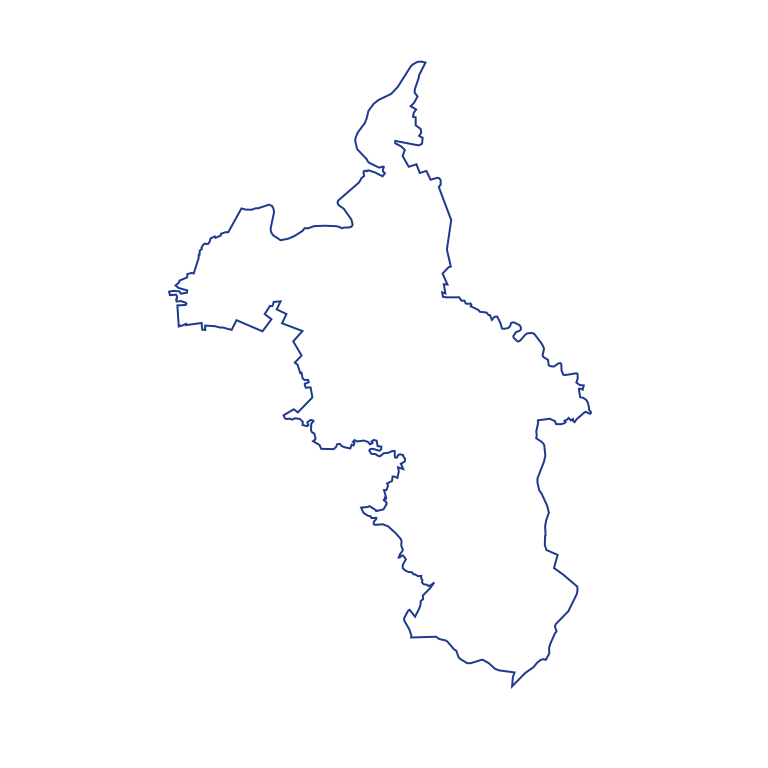 the district of Quoc Oai, Ha Noi, Vietnam, rotated 263°
{"feature_id": "81297802B41330613652559", "entity_name": "Quoc Oai", "entity_type": "district", "adm_level": 2, "iso_a3": "VNM", "parent_name": "Vietnam", "parent_adm1": "Ha Noi", "projection": "robinson", "projection_center": [105.6, 20.978], "detail": "fine", "context": "isolated", "style": "outline", "palette": "blue", "viewbox_px": 768, "rotation_deg": 263, "n_neighbors": 0, "source": "geoboundaries", "source_scale": "gbopen_adm2", "svg_char_len": 6149}
<svg xmlns="http://www.w3.org/2000/svg" viewBox="0 0 768 768"><g transform="rotate(263 384 384)"><path d="M697.9,464.3L699.2,461.3L699.7,458.1L699.3,455.4L697.6,451.4L696.0,449.3L676.9,433.6L671.0,426.3L666.6,413.2L663.3,407.8L656.9,401.8L649.6,399.1L645.5,396.9L636.8,388.6L632.1,385.9L628.8,385.0L620.4,386.0L609.1,394.3L606.6,395.2L605.3,396.4L599.4,405.4L599.9,409.8L599.5,410.3L596.3,408.8L594.8,409.1L593.1,410.6L590.3,407.9L595.0,401.0L598.1,394.3L597.2,392.7L598.0,391.4L597.8,390.2L596.8,389.4L592.9,389.7L591.1,386.7L587.2,383.9L571.6,360.8L569.7,360.0L567.2,360.6L562.9,365.4L551.1,371.7L545.9,372.3L544.1,370.9L543.6,367.9L544.1,364.3L543.8,360.7L545.3,359.0L546.5,355.6L548.3,344.6L549.2,333.9L547.8,327.8L548.3,324.2L545.8,321.6L542.0,313.7L539.9,306.8L539.3,298.9L545.2,292.0L548.4,290.5L551.8,290.3L567.9,295.8L571.5,295.7L574.4,294.5L576.0,291.6L573.8,280.7L574.0,277.6L573.1,274.1L574.0,267.8L575.6,263.9L553.6,247.9L554.0,245.4L553.0,240.6L551.3,240.1L549.6,234.6L551.1,234.0L549.6,229.5L546.6,228.4L544.7,226.8L544.4,225.6L545.2,223.4L544.1,221.4L541.4,219.4L540.1,219.6L538.9,217.4L534.8,216.7L534.9,215.9L531.4,215.3L516.9,208.6L517.7,206.6L517.0,202.1L513.8,201.7L511.6,193.7L509.7,192.9L507.2,189.1L504.3,191.9L500.9,200.1L498.6,199.4L498.4,193.4L500.9,192.2L502.1,186.2L501.8,182.0L498.3,182.3L498.0,188.5L496.4,189.1L494.1,189.0L493.4,188.0L491.2,188.2L491.0,192.7L488.8,197.2L487.8,197.7L486.6,196.7L487.2,188.5L466.2,187.3L466.9,188.8L466.2,189.5L467.8,194.8L466.6,194.8L466.8,210.4L460.1,210.2L459.4,213.1L463.8,213.6L462.0,223.1L459.8,228.9L459.9,230.4L456.3,239.4L465.3,245.4L451.1,269.8L462.0,280.2L467.9,274.1L475.4,280.3L474.9,282.7L478.9,284.6L478.6,291.4L471.2,286.6L465.3,295.7L456.7,290.2L446.5,309.5L437.4,299.1L422.3,305.7L416.1,298.1L413.7,300.6L405.0,302.2L405.3,303.5L399.5,303.9L397.7,305.5L397.3,309.1L394.9,309.5L393.9,305.4L392.2,305.3L389.8,306.0L389.6,310.7L379.4,311.3L366.3,295.0L369.9,291.4L365.2,280.5L362.4,281.3L361.2,282.5L361.0,286.5L359.8,288.5L360.8,291.3L359.7,296.0L356.4,298.8L353.2,298.2L351.6,302.4L352.2,303.9L355.0,303.2L355.6,303.6L357.2,306.7L356.6,308.9L355.6,309.5L353.6,307.0L347.0,305.9L344.8,306.7L343.3,308.8L338.5,309.4L337.2,308.9L335.9,306.6L331.4,312.5L327.3,313.8L325.5,326.0L326.9,328.4L329.9,330.2L330.0,331.6L329.8,333.0L327.6,334.4L326.2,336.8L324.1,342.7L327.7,344.5L326.7,346.2L329.2,347.5L330.4,346.1L331.9,347.9L330.3,350.4L330.3,357.2L328.5,361.0L325.8,362.8L326.9,365.4L328.4,364.6L329.7,367.0L328.6,369.8L323.1,370.1L322.2,373.7L320.4,373.5L319.2,372.9L318.3,371.3L321.1,364.9L321.1,362.6L319.9,361.3L316.3,362.8L315.4,367.1L313.5,369.2L312.7,371.2L315.3,375.4L315.2,379.9L316.4,383.9L316.2,386.4L309.9,385.9L309.3,387.4L309.6,388.1L311.9,389.5L312.2,391.6L311.1,394.3L309.6,394.4L307.0,395.9L304.4,395.0L302.8,391.0L297.2,392.7L299.5,387.8L295.3,388.0L289.1,385.9L291.0,382.7L291.1,381.2L286.7,380.1L285.0,375.0L282.6,375.6L279.4,374.1L278.4,373.1L278.7,371.1L270.8,372.3L270.3,372.2L270.9,371.1L269.5,371.0L269.3,369.7L268.6,369.7L266.6,371.8L264.8,372.1L259.6,368.2L258.8,360.7L259.8,360.6L264.5,354.8L263.9,352.6L264.1,346.2L258.8,347.9L257.7,348.9L254.9,352.4L254.5,354.4L252.5,355.2L252.0,360.0L250.6,359.6L248.6,357.1L246.0,356.7L245.3,358.4L244.9,365.7L242.2,370.8L234.0,377.8L228.2,381.7L225.9,382.3L221.5,381.4L217.4,382.5L216.2,382.1L213.3,379.3L209.9,377.5L209.8,378.2L211.4,380.6L211.6,381.9L207.4,384.4L202.8,381.0L200.8,380.2L198.4,380.4L195.9,382.9L194.3,385.7L193.8,388.7L191.7,389.9L191.1,391.8L189.0,394.5L189.0,397.6L186.6,397.2L184.7,398.2L182.5,397.5L180.4,399.0L179.5,402.2L178.0,403.6L178.8,406.5L181.0,409.7L175.8,405.0L169.3,396.8L165.6,396.5L164.3,394.1L160.0,393.2L156.6,391.5L149.2,386.4L156.8,381.9L156.1,380.4L149.1,375.4L146.6,375.3L137.7,379.1L131.0,380.5L129.1,380.0L126.8,404.8L124.2,407.7L122.0,413.8L120.7,415.5L112.3,421.0L110.5,423.2L103.7,424.7L101.5,426.5L96.8,432.5L96.3,436.0L98.3,446.8L98.2,448.5L94.3,453.8L87.8,459.5L85.8,463.1L81.8,478.4L77.4,476.2L68.3,474.3L80.0,489.0L84.7,497.9L88.7,502.0L91.0,505.8L91.5,508.6L90.5,511.0L96.4,515.2L102.0,515.7L106.0,517.5L115.3,523.0L117.4,525.1L122.8,524.1L125.0,525.5L136.0,539.3L152.1,549.8L155.3,550.8L159.3,551.2L173.2,538.4L180.6,530.3L193.2,535.5L199.5,524.9L204.7,524.0L213.7,525.4L214.0,525.9L223.3,526.6L229.0,528.4L236.2,532.0L243.3,531.1L255.8,527.1L259.7,525.1L267.1,524.3L271.5,524.8L287.4,533.3L293.1,535.4L303.7,535.6L305.0,535.1L307.4,533.4L311.6,528.5L314.8,529.4L318.1,529.3L326.3,532.1L329.2,532.3L329.3,544.3L326.2,549.2L323.3,549.9L322.5,554.7L323.0,557.9L324.0,559.6L325.5,558.7L326.3,561.3L327.8,563.1L325.2,564.9L326.1,567.3L324.2,567.2L322.9,568.5L325.5,570.8L331.4,579.5L331.7,581.1L329.3,584.7L329.7,585.6L330.9,586.0L333.4,584.4L336.1,584.6L341.0,583.9L343.8,582.6L346.0,580.0L347.0,577.1L355.3,576.8L355.6,578.0L354.2,580.5L358.2,582.1L359.1,578.2L362.0,575.1L366.1,577.0L370.2,577.4L371.2,576.5L370.8,564.8L371.4,563.1L375.5,561.9L382.1,562.4L383.2,561.8L383.2,559.7L380.6,554.7L381.5,550.9L382.6,549.7L387.8,549.8L391.4,545.5L392.8,544.8L399.1,547.0L400.9,546.9L404.9,545.4L415.5,539.2L416.7,536.7L416.8,532.5L415.6,530.1L410.5,524.5L409.8,522.6L410.2,521.5L414.3,518.2L415.7,518.2L419.4,521.3L420.1,524.5L421.2,526.4L423.3,526.8L425.7,525.9L429.1,520.9L429.5,519.0L429.1,517.7L425.8,516.0L424.4,513.9L424.1,510.1L424.7,507.9L430.7,506.9L437.1,504.6L437.3,501.9L434.5,498.9L439.5,497.6L439.8,496.1L442.4,494.5L444.1,487.8L445.9,486.8L450.7,479.4L452.1,480.4L453.3,479.7L453.4,476.4L454.1,474.9L457.0,473.9L457.2,471.1L460.9,469.2L462.4,456.5L463.3,453.2L467.9,452.9L466.4,456.0L475.7,455.5L475.0,459.1L486.5,455.6L492.1,462.4L492.4,464.6L509.8,462.8L538.5,470.7L572.8,462.4L574.9,464.5L579.3,465.1L581.3,464.0L582.2,462.3L581.1,455.1L590.3,452.1L589.1,445.2L598.1,443.0L596.6,435.0L608.0,430.3L613.9,433.2L617.7,430.0L621.5,424.5L623.9,424.8L617.0,446.2L616.7,448.2L617.9,451.0L623.6,452.4L626.0,449.1L628.9,451.6L632.7,451.5L636.8,447.0L644.8,447.9L645.7,445.3L649.8,446.7L652.5,449.4L656.5,444.3L659.4,448.1L665.3,452.3L669.6,449.9L673.0,450.6L684.2,456.0L686.2,456.4L697.9,464.3Z" fill="none" stroke="#1e3a8a" stroke-width="2"/></g></svg>